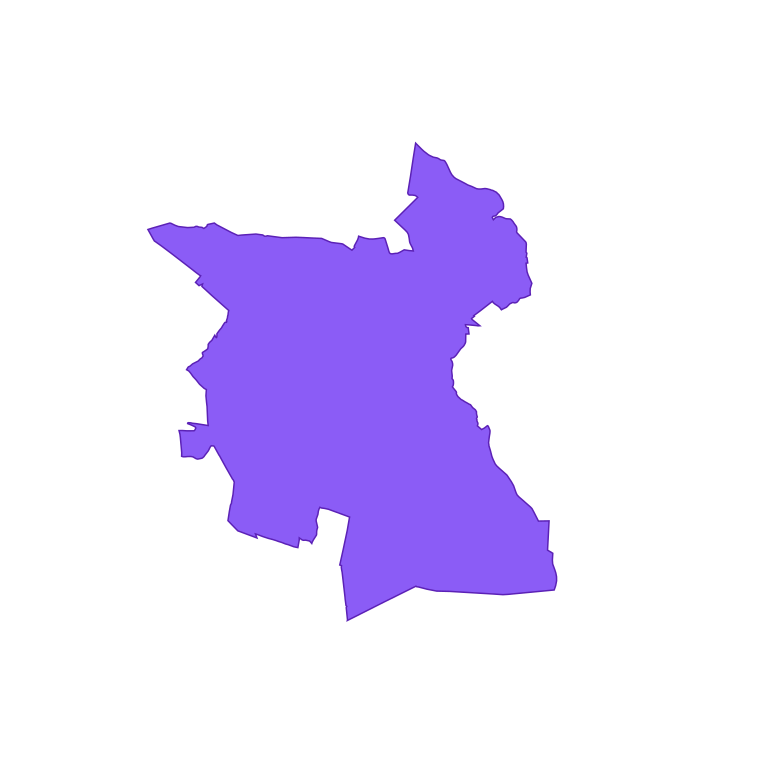 outline of Radaseni, Suceava, Romania, rotated 322°
{"feature_id": "2599482B73099737590201", "entity_name": "Radaseni", "entity_type": "district", "adm_level": 2, "iso_a3": "ROU", "parent_name": "Romania", "parent_adm1": "Suceava", "projection": "albers", "projection_center": [26.255, 47.485], "detail": "fine", "context": "isolated", "style": "filled", "palette": "violet", "viewbox_px": 768, "rotation_deg": 322, "n_neighbors": 0, "source": "geoboundaries", "source_scale": "gbopen_adm2", "svg_char_len": 6171}
<svg xmlns="http://www.w3.org/2000/svg" viewBox="0 0 768 768"><g transform="rotate(322 384 384)"><path d="M429.8,593.5L421.3,587.1L423.2,577.4L423.9,573.3L423.7,571.1L420.8,555.9L420.6,553.3L421.2,550.7L423.5,544.0L424.2,539.5L424.8,531.5L423.0,521.7L422.4,517.9L422.4,515.4L423.6,510.2L424.5,507.3L426.8,502.1L428.7,497.2L429.4,496.2L430.2,494.7L434.5,490.4L437.2,487.9L438.3,486.7L439.0,485.7L440.2,481.4L439.8,480.5L435.9,480.5L432.9,480.0L431.8,474.5L433.1,473.6L433.9,472.7L434.2,471.3L434.6,470.1L435.2,469.5L435.4,468.5L435.6,468.2L435.9,468.0L437.1,467.5L437.3,467.3L437.9,465.7L438.7,464.2L439.8,462.8L440.1,460.7L440.0,460.1L439.3,457.1L439.4,454.0L439.4,453.6L438.7,452.3L437.7,449.8L436.9,448.0L435.8,444.9L435.2,443.7L434.5,439.4L434.8,436.9L435.1,436.1L435.9,435.3L436.2,434.3L436.1,428.4L437.5,427.8L438.8,426.7L440.0,425.2L440.8,423.9L441.0,422.7L440.9,422.2L440.9,421.7L442.7,419.7L445.4,415.3L445.9,414.7L449.6,411.6L450.5,410.4L451.4,408.5L451.9,405.5L452.4,405.1L452.9,405.0L453.4,405.3L454.6,405.8L455.7,406.0L456.4,406.0L458.7,405.7L466.1,403.5L469.6,403.2L470.8,402.9L472.9,402.0L474.0,401.3L474.4,400.9L479.2,395.0L481.8,396.9L485.0,391.5L484.1,390.5L483.9,389.6L484.1,388.5L484.7,387.4L486.8,389.2L492.9,395.0L493.8,396.0L495.4,397.1L493.1,387.2L493.1,386.8L493.3,386.3L496.9,386.3L496.8,385.4L505.2,385.6L520.3,385.6L520.2,387.1L520.5,388.9L521.8,392.7L522.3,394.8L522.2,397.8L523.6,398.0L527.7,398.9L529.0,398.8L532.3,398.3L535.0,398.8L535.8,399.2L536.8,400.4L537.5,400.9L538.5,401.3L539.7,401.4L542.4,400.7L543.2,400.3L544.2,400.3L546.3,401.5L548.2,402.4L554.2,403.9L555.8,401.4L558.0,398.8L562.5,395.7L564.7,386.8L565.8,383.7L567.9,380.1L570.3,376.3L571.8,377.1L574.4,372.6L574.4,372.0L574.1,371.6L577.1,368.9L577.1,367.7L577.4,367.2L582.3,361.4L583.1,359.8L583.1,358.7L581.9,346.7L582.1,345.8L583.6,344.4L584.5,343.1L585.1,341.9L585.3,341.0L585.4,337.5L585.6,335.9L585.6,334.8L585.5,333.2L585.2,332.0L585.1,331.7L582.6,329.5L581.7,328.6L579.9,325.3L578.6,323.6L577.6,322.7L575.1,321.7L574.0,321.6L571.3,321.9L571.8,319.4L572.6,319.1L573.2,319.0L575.0,319.9L575.9,320.1L577.5,319.9L579.3,319.4L585.9,319.4L587.5,317.8L589.0,315.6L589.9,313.5L590.4,311.3L591.0,306.8L591.1,305.4L590.7,303.5L590.7,302.3L589.0,298.6L588.7,298.1L588.2,297.7L587.9,297.2L587.6,296.5L585.2,293.4L583.9,292.1L580.7,290.2L578.7,288.7L577.2,287.1L574.8,282.4L572.5,278.6L571.7,276.6L567.1,266.5L566.5,264.2L566.3,260.9L566.7,258.1L568.7,249.7L569.0,247.8L569.2,246.0L568.9,244.8L567.0,242.8L566.4,241.8L565.8,240.0L565.0,238.5L562.5,235.6L560.5,231.7L560.0,230.2L558.7,225.1L558.2,221.9L557.2,213.7L546.0,224.1L532.8,236.6L520.3,248.1L519.9,249.6L520.2,250.6L522.8,252.7L524.7,254.7L525.4,256.9L525.5,257.7L493.2,261.5L495.4,275.6L495.7,278.8L495.3,281.2L493.7,284.4L491.7,287.8L491.1,289.5L490.2,294.4L489.0,297.2L485.9,294.3L482.5,290.7L477.9,290.0L475.2,289.4L473.6,288.2L470.4,286.4L469.6,285.6L469.2,285.0L469.1,284.0L469.5,282.5L470.9,279.1L474.0,270.9L474.3,269.9L474.1,268.9L473.6,268.3L469.0,265.7L466.3,264.1L464.6,263.0L461.7,260.7L458.7,257.3L455.0,251.9L453.9,252.9L452.0,254.1L445.9,256.8L445.2,257.3L445.0,258.3L441.1,258.8L437.7,248.3L436.8,247.2L429.7,240.1L428.4,238.0L424.5,230.9L417.1,224.6L411.0,219.3L405.0,214.2L393.8,206.0L383.4,195.4L381.9,194.8L380.9,194.0L380.2,191.9L375.4,187.0L363.7,179.1L360.3,177.0L357.0,170.6L350.3,155.8L349.4,152.7L343.4,149.8L342.5,149.9L341.9,150.5L340.1,150.7L337.8,150.5L337.0,148.5L334.8,146.4L333.7,144.6L332.7,143.9L330.8,143.5L325.5,139.8L318.9,133.3L317.0,130.2L315.1,126.3L314.3,125.3L297.4,118.5L293.1,116.9L291.4,127.5L291.1,130.0L291.4,130.8L293.6,138.2L296.8,150.1L301.7,169.2L304.7,181.2L305.7,184.8L306.2,185.8L305.0,186.3L298.0,187.9L298.8,192.6L302.6,193.5L300.6,195.0L302.8,208.3L306.9,230.5L305.7,231.4L303.5,233.6L302.6,234.2L301.2,235.6L299.0,237.0L298.6,237.5L298.5,238.0L298.2,238.2L297.8,238.4L297.5,238.1L296.8,237.6L295.9,237.7L292.7,238.8L290.5,239.7L287.5,240.3L284.1,241.3L283.2,241.6L282.5,242.6L281.6,243.6L280.9,244.2L280.6,244.3L280.4,244.0L280.3,243.4L280.7,241.4L275.2,243.6L272.2,243.8L270.6,244.3L269.9,244.5L268.6,246.1L267.2,247.4L266.5,247.8L263.7,247.7L260.4,247.4L259.9,247.7L259.4,248.8L259.2,249.7L258.6,250.6L256.7,251.3L254.7,251.1L251.7,251.5L245.5,250.3L242.1,250.5L240.5,250.1L239.8,250.2L237.2,251.2L238.1,253.3L238.2,253.9L238.3,256.1L238.1,260.6L238.4,263.9L238.5,265.5L238.5,270.6L239.6,276.8L240.6,279.0L236.4,283.7L233.0,289.0L230.7,292.8L222.2,304.7L219.9,308.5L211.6,299.6L208.9,297.0L207.8,295.6L206.0,294.0L205.3,293.9L204.9,294.3L205.0,294.5L206.8,297.5L208.6,301.1L208.8,301.9L208.6,302.8L207.2,303.6L205.9,304.0L205.2,303.7L199.9,299.6L196.2,296.3L193.8,294.5L192.2,298.1L190.7,300.6L182.3,313.6L180.0,316.4L181.0,317.8L182.6,319.0L184.5,320.2L187.3,322.3L188.7,324.0L189.4,325.9L190.0,327.3L190.5,327.9L191.0,328.5L194.8,330.4L195.6,330.5L197.4,330.4L198.6,330.0L204.4,328.5L208.2,326.7L209.4,326.4L209.8,326.3L210.7,327.1L211.6,327.9L211.8,328.5L210.2,338.5L210.2,339.4L209.5,343.4L208.0,352.7L206.1,365.6L206.2,366.7L205.6,369.1L197.0,378.1L191.0,383.3L190.5,384.0L189.3,384.5L188.4,385.0L183.8,389.1L176.9,395.6L177.5,401.6L178.4,409.7L189.1,427.1L190.4,423.0L191.9,425.2L194.7,429.8L198.0,434.7L200.4,437.8L202.6,441.0L203.9,443.1L205.8,445.8L207.9,449.4L209.5,451.5L212.7,456.7L215.4,459.9L221.2,454.7L222.5,453.1L223.4,456.2L224.1,457.4L226.1,458.8L228.6,461.8L228.8,462.8L228.9,465.2L229.9,464.5L232.3,463.4L237.7,461.5L238.5,460.8L239.6,459.4L240.7,458.2L241.9,457.2L243.1,456.4L243.5,456.0L246.2,450.2L247.2,448.9L251.6,446.1L254.1,443.7L255.9,442.5L257.6,441.7L258.3,443.1L260.7,445.6L263.1,448.5L271.8,462.5L275.0,467.7L274.0,468.5L264.6,477.0L249.7,489.5L237.7,499.4L238.7,500.9L237.4,502.3L236.2,504.4L235.1,506.6L222.2,527.7L220.9,529.7L217.7,535.1L217.8,536.1L217.8,536.3L216.6,536.9L210.0,547.4L209.5,547.8L250.2,555.9L284.7,563.0L284.9,563.8L285.1,564.1L285.9,564.8L291.5,572.1L298.0,579.6L308.1,587.9L341.2,617.1L348.0,623.2L352.2,626.1L391.3,651.1L395.1,648.6L398.8,645.4L401.3,642.1L403.0,638.8L404.3,635.3L406.1,629.7L408.3,626.4L412.8,621.3L410.6,615.6L429.8,593.5Z" fill="#8b5cf6" stroke="#5b21b6" stroke-width="1.5"/></g></svg>